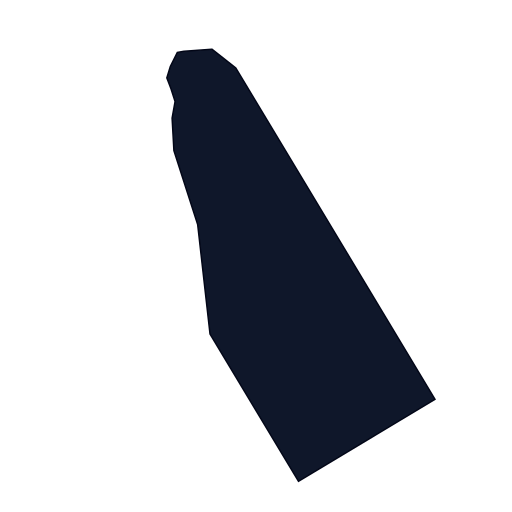 map outline of Buvuma (Natural Earth projection), rotated 329°
{"feature_id": "UGA-5598", "entity_name": "Buvuma", "entity_type": "District", "adm_level": 1, "iso_a3": "UGA", "parent_name": "Uganda", "parent_adm1": "", "projection": "natural_earth1", "projection_center": [33.174, -0.326], "detail": "fine", "context": "isolated", "style": "filled", "palette": "ink", "viewbox_px": 512, "rotation_deg": 329, "n_neighbors": 0, "source": "natural_earth", "source_scale": "10m", "svg_char_len": 390}
<svg xmlns="http://www.w3.org/2000/svg" viewBox="0 0 512 512"><g transform="rotate(329 256 256)"><path d="M335.6,471.0L293.4,471.0L243.1,471.0L192.8,471.0L176.4,471.0L176.4,299.2L222.2,199.0L239.9,123.4L255.1,94.6L266.2,81.9L269.3,68.7L271.3,57.4L280.2,49.4L293.4,41.0L299.5,43.3L324.8,56.1L335.5,84.4L335.6,471.0L335.6,471.0Z" fill="#0f172a" stroke="#020617" stroke-width="1.5"/></g></svg>